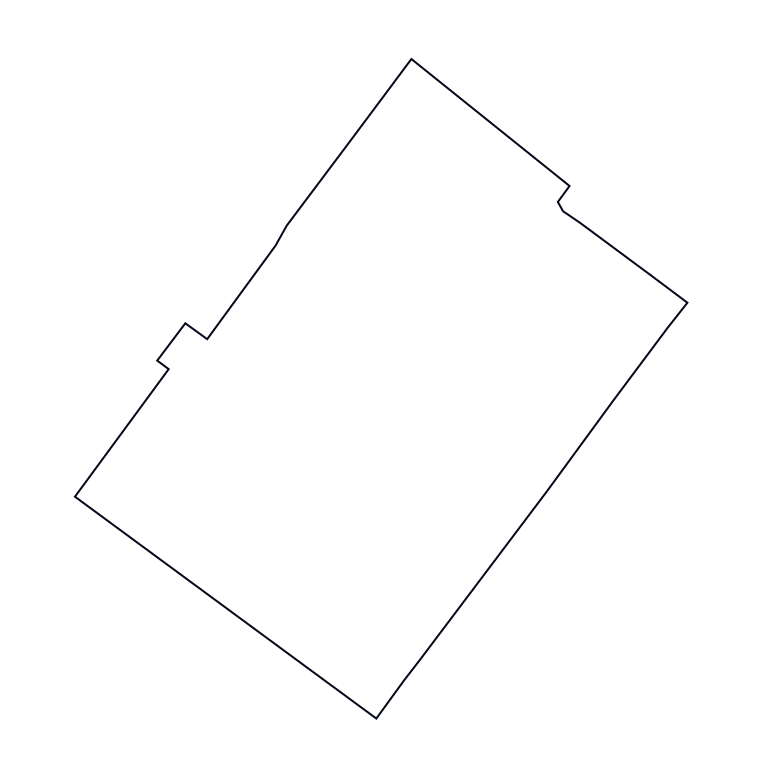 outline of McKean, Pennsylvania, United States of America, rotated 127°
{"feature_id": "52423323B34391265633420", "entity_name": "McKean", "entity_type": "district", "adm_level": 2, "iso_a3": "USA", "parent_name": "United States of America", "parent_adm1": "Pennsylvania", "projection": "albers", "projection_center": [-78.629, 41.801], "detail": "fine", "context": "isolated", "style": "outline", "palette": "ink", "viewbox_px": 768, "rotation_deg": 127, "n_neighbors": 0, "source": "geoboundaries", "source_scale": "gbopen_adm2", "svg_char_len": 430}
<svg xmlns="http://www.w3.org/2000/svg" viewBox="0 0 768 768"><g transform="rotate(127 384 384)"><path d="M655.8,188.8L608.7,189.6L581.8,189.3L371.4,189.3L259.8,190.9L168.7,191.3L136.5,190.6L136.6,235.0L137.3,324.4L138.3,344.9L134.0,354.7L114.2,355.0L108.0,557.7L210.8,557.2L315.9,557.0L338.7,553.9L454.6,552.2L455.1,579.2L501.8,579.2L501.7,564.9L660.0,563.0L655.8,188.8Z" fill="none" stroke="#020617" stroke-width="2"/></g></svg>